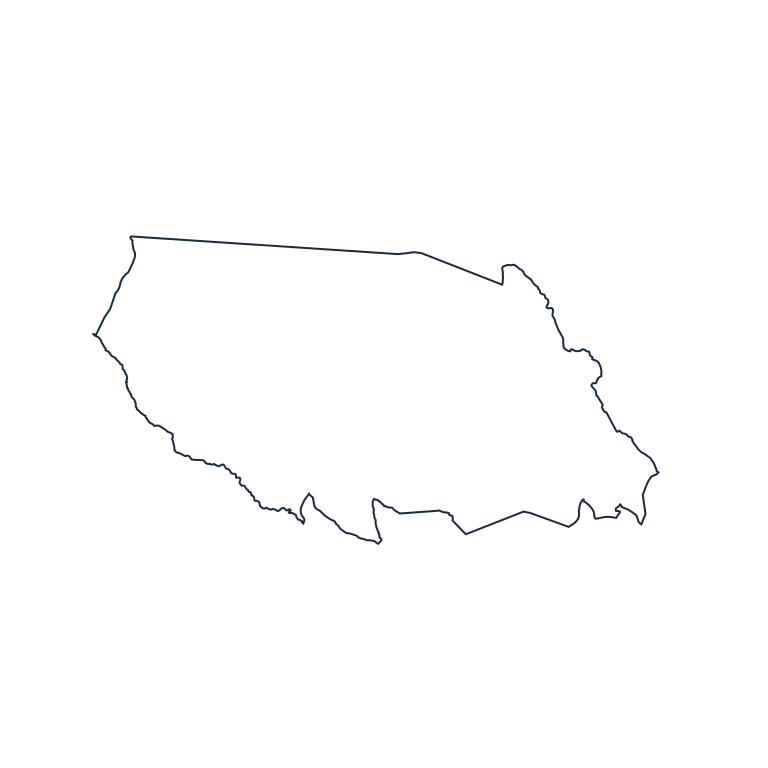 Alpatláhuac, Veracruz, Mexico (Mercator projection), rotated 30°
{"feature_id": "50627088B30858161806263", "entity_name": "Alpatláhuac", "entity_type": "district", "adm_level": 2, "iso_a3": "MEX", "parent_name": "Mexico", "parent_adm1": "Veracruz", "projection": "mercator", "projection_center": [-97.125, 19.099], "detail": "fine", "context": "isolated", "style": "outline", "palette": "slate", "viewbox_px": 768, "rotation_deg": 30, "n_neighbors": 0, "source": "geoboundaries", "source_scale": "gbopen_adm2", "svg_char_len": 6157}
<svg xmlns="http://www.w3.org/2000/svg" viewBox="0 0 768 768"><g transform="rotate(30 384 384)"><path d="M665.8,323.3L665.0,323.4L663.4,322.9L662.7,321.8L658.3,318.5L656.3,317.1L654.5,316.5L651.8,315.0L643.7,314.2L642.5,314.5L640.9,314.4L636.7,313.4L634.3,312.3L633.7,311.7L631.8,311.3L629.9,310.4L627.5,309.1L627.5,308.4L625.7,307.2L624.7,306.8L622.8,307.0L622.0,307.4L619.8,306.5L617.2,306.7L615.1,307.5L611.1,306.8L610.0,308.7L608.8,308.6L590.8,297.4L588.9,297.9L584.5,295.5L583.8,292.7L574.9,287.8L573.7,287.7L570.7,284.0L565.0,282.1L564.1,280.9L564.4,279.2L564.8,278.6L567.1,277.4L566.7,273.5L566.7,271.4L568.3,268.3L567.0,266.5L566.2,264.6L563.2,261.0L558.8,257.9L556.7,257.7L552.2,258.4L551.8,258.3L551.3,256.7L550.1,256.4L549.4,256.6L547.8,256.1L547.1,255.0L546.2,254.1L545.1,253.5L542.9,254.4L541.0,254.0L539.4,254.2L538.0,255.4L537.5,257.1L535.4,258.7L533.7,259.6L531.5,259.9L529.9,259.8L528.9,260.3L528.6,261.3L529.0,262.5L527.6,263.1L526.4,263.3L523.6,263.2L521.9,262.9L520.5,261.6L519.7,260.0L518.3,258.5L517.5,256.5L515.6,254.4L508.1,250.0L501.8,245.1L499.6,242.8L495.7,240.6L493.3,235.3L492.0,234.5L491.1,234.5L488.2,236.5L486.5,236.4L485.9,235.0L486.0,232.1L484.8,230.0L483.6,228.9L480.7,228.8L480.0,227.8L478.6,226.7L477.9,226.6L475.9,227.1L474.2,227.1L473.3,226.6L472.3,225.3L471.3,224.7L469.5,224.1L468.8,223.1L464.9,222.7L463.6,222.3L461.8,221.5L459.1,219.9L458.5,220.3L457.4,219.8L453.1,219.4L451.1,219.0L449.7,218.2L448.9,217.3L446.7,216.6L445.3,216.4L444.2,216.6L438.9,215.7L436.7,215.8L434.7,217.6L431.4,219.1L428.3,222.9L428.4,224.6L431.5,228.4L432.1,229.9L433.3,231.3L435.8,236.3L436.7,238.9L350.7,252.0L344.0,254.9L336.9,260.4L331.0,264.6L91.5,382.5L91.0,383.1L91.1,383.9L92.6,385.1L94.5,385.5L95.6,387.9L97.0,389.3L99.6,392.6L102.6,394.9L104.1,397.0L104.9,399.1L106.0,405.4L106.7,414.4L106.5,416.0L105.6,417.4L105.1,420.8L104.7,422.1L104.6,424.3L105.1,428.1L105.8,429.8L106.6,433.1L106.6,437.0L106.1,439.7L109.3,455.8L108.6,466.5L110.0,485.0L107.6,486.2L108.5,486.6L109.9,486.6L113.4,486.4L114.3,486.5L117.3,487.9L118.7,489.2L119.5,489.8L121.2,490.3L122.2,491.3L125.5,492.8L125.9,493.9L129.7,493.9L130.9,494.2L132.1,495.0L134.4,495.9L136.7,495.7L138.0,495.9L139.0,495.8L139.7,496.5L144.3,497.7L145.1,498.3L146.6,498.5L147.7,498.4L148.8,499.5L150.3,501.8L152.1,502.0L152.8,502.7L154.1,503.3L155.1,504.5L156.6,505.0L158.6,507.3L159.2,508.6L159.0,509.7L159.6,510.5L160.4,510.8L159.9,511.7L162.4,514.2L163.3,515.7L164.3,515.7L165.3,516.9L166.5,517.7L167.3,517.8L168.5,519.0L170.1,519.3L170.7,520.5L172.6,521.6L175.5,522.3L178.6,524.9L180.6,528.0L181.2,527.9L182.8,529.5L185.6,529.8L187.3,530.5L191.5,530.9L193.4,530.9L193.8,531.6L199.1,534.2L200.7,534.5L204.5,534.6L206.1,535.2L206.8,534.4L209.9,532.6L217.2,532.9L220.7,533.5L223.4,533.0L226.0,533.1L228.0,536.1L227.9,537.5L229.6,538.9L234.0,543.5L235.4,545.8L237.4,546.8L239.7,546.8L241.5,546.1L247.7,545.9L249.8,544.1L251.2,544.0L255.2,545.5L259.0,543.9L260.9,542.7L265.4,540.5L267.4,540.6L268.4,541.4L269.6,541.5L271.7,541.3L272.5,540.5L273.7,540.1L274.5,540.3L275.7,539.5L276.9,538.2L278.6,538.5L279.2,538.1L280.4,538.3L282.4,537.5L284.0,534.7L285.6,534.1L288.8,535.8L290.2,536.2L291.7,535.6L294.2,536.2L296.1,537.5L297.0,537.5L299.8,536.5L301.4,536.8L302.5,539.0L303.1,539.0L304.7,537.7L306.3,537.5L307.3,538.2L308.0,541.2L308.4,541.9L310.3,542.8L311.6,543.2L313.4,542.0L314.2,542.0L317.0,543.5L318.2,543.9L319.4,543.9L320.1,544.5L321.1,544.9L322.6,544.5L323.2,544.6L323.5,545.5L324.3,546.1L325.4,546.5L327.1,546.6L328.3,547.3L329.0,548.3L330.3,549.6L330.9,549.6L331.6,549.3L332.2,548.7L333.5,548.6L335.4,549.0L337.5,551.5L341.0,552.3L341.9,552.1L342.8,551.6L343.5,551.0L343.9,549.9L346.9,549.9L348.8,549.4L350.1,547.7L351.3,547.6L352.4,547.1L354.8,547.3L355.7,546.9L356.3,546.3L356.8,545.2L357.0,543.9L358.4,541.8L359.5,541.5L362.9,542.2L364.4,540.0L365.1,539.7L365.5,540.0L366.3,540.1L366.2,541.2L365.7,542.0L365.7,542.7L366.5,543.0L367.1,542.7L367.4,542.2L369.8,541.5L373.2,541.5L375.1,543.3L377.2,544.3L377.8,544.3L379.2,543.7L380.8,544.0L381.5,543.8L382.0,544.7L383.8,545.2L383.6,543.1L383.0,541.6L382.1,540.5L378.9,539.1L377.3,538.0L375.6,536.0L374.3,533.8L373.5,529.5L373.1,524.4L374.0,516.4L375.1,517.1L377.1,517.6L378.5,517.7L379.7,518.3L380.1,519.3L381.3,520.3L382.6,522.0L385.2,524.8L386.2,525.4L387.7,525.9L392.3,525.9L398.8,527.6L405.3,528.0L409.8,527.6L411.5,528.4L412.0,529.0L415.2,529.6L418.4,531.2L422.3,531.7L426.5,531.8L428.4,530.7L435.3,529.2L437.0,529.2L439.2,529.8L439.6,529.4L441.4,529.3L444.0,528.3L444.6,528.4L447.5,527.8L449.2,526.7L453.6,525.0L455.4,524.9L457.3,525.4L458.6,525.3L459.0,525.2L459.6,522.0L460.0,521.2L459.5,519.9L458.7,519.3L457.0,519.2L455.8,517.8L455.6,517.0L455.3,516.7L454.8,516.6L453.9,516.0L453.3,515.0L452.5,514.7L452.3,514.3L450.6,513.2L449.6,512.2L449.4,512.2L446.0,508.3L444.9,506.1L442.3,504.4L441.9,503.4L438.9,500.2L438.3,498.1L437.3,497.4L436.8,496.4L435.4,495.7L433.0,491.7L432.8,488.5L435.0,488.3L435.7,487.9L437.2,487.6L438.5,488.2L440.3,488.0L441.5,488.7L442.1,488.9L442.8,488.6L444.1,489.0L445.1,489.7L445.5,489.8L446.7,488.9L448.4,489.1L452.8,487.1L456.2,488.1L462.5,488.2L490.9,469.0L495.1,465.9L496.5,465.9L499.0,465.4L501.4,464.7L502.2,463.9L503.8,463.8L505.0,463.4L505.8,464.6L507.6,464.7L508.5,464.0L509.2,464.0L511.2,466.8L511.6,468.0L530.0,473.2L568.7,424.7L575.0,422.6L615.4,415.4L618.4,409.3L619.3,406.1L619.5,403.8L618.9,400.7L617.1,397.8L616.1,396.5L615.5,394.3L614.6,392.6L613.7,389.0L613.9,384.7L614.1,384.5L614.7,384.2L616.2,385.9L617.7,385.7L621.6,386.3L626.0,387.8L627.3,388.4L628.9,389.4L630.9,391.3L632.7,393.9L634.1,394.8L635.1,394.7L635.5,393.9L636.7,393.3L639.7,390.5L642.6,388.2L644.7,386.9L649.0,384.9L651.1,384.3L652.1,383.6L652.1,380.3L652.4,379.1L652.5,377.1L652.1,376.5L650.8,376.6L649.6,377.5L648.3,377.9L647.6,377.1L647.0,375.9L647.1,375.4L647.7,374.5L648.4,372.6L648.8,370.1L649.4,370.2L650.5,370.8L651.2,371.7L658.0,370.7L664.1,371.0L667.8,371.5L669.4,372.4L673.3,376.0L675.1,376.7L677.0,376.8L675.5,365.9L663.6,350.7L662.2,342.6L661.6,337.4L661.5,334.3L661.8,331.2L662.3,329.6L664.8,326.6L665.4,325.3L665.4,324.7L665.8,323.3Z" fill="none" stroke="#1e293b" stroke-width="2"/></g></svg>